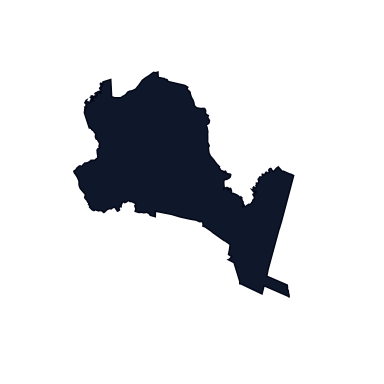 Calinesti-Oas, Satu Mare, Romania (Natural Earth projection), rotated 241°
{"feature_id": "2599482B93378437092703", "entity_name": "Calinesti-Oas", "entity_type": "district", "adm_level": 2, "iso_a3": "ROU", "parent_name": "Romania", "parent_adm1": "Satu Mare", "projection": "natural_earth1", "projection_center": [23.281, 47.91], "detail": "fine", "context": "isolated", "style": "filled", "palette": "ink", "viewbox_px": 384, "rotation_deg": 241, "n_neighbors": 0, "source": "geoboundaries", "source_scale": "gbopen_adm2", "svg_char_len": 6093}
<svg xmlns="http://www.w3.org/2000/svg" viewBox="0 0 384 384"><g transform="rotate(241 192 192)"><path d="M318.2,139.4L317.6,139.3L313.5,136.3L297.8,133.2L297.5,133.7L296.4,134.8L295.3,134.6L294.8,134.7L293.4,135.6L291.2,135.6L289.2,136.2L288.9,135.6L287.5,134.4L286.6,134.3L286.3,134.0L284.9,133.9L283.8,134.7L283.3,134.7L280.0,134.8L279.6,134.7L278.4,134.6L278.2,133.8L277.1,132.8L275.9,133.1L275.6,133.0L275.4,132.7L275.5,130.8L274.7,129.3L271.8,128.0L271.0,127.9L270.6,127.5L269.3,127.2L268.5,126.6L267.5,126.4L267.4,124.6L266.9,122.2L268.6,119.3L268.7,118.8L268.4,118.4L268.2,116.4L268.3,114.7L268.1,114.5L268.5,114.0L269.3,112.2L268.4,109.4L267.9,108.8L267.8,108.2L269.2,106.6L269.4,105.7L269.0,104.6L268.9,103.3L267.6,100.9L267.6,99.2L267.4,98.7L265.3,98.4L264.1,98.7L260.6,98.9L256.8,98.6L255.7,98.4L255.9,98.2L252.3,96.4L249.1,96.0L241.4,97.6L239.3,95.5L238.9,95.4L236.8,95.7L236.4,96.1L233.7,95.9L232.6,96.6L232.0,96.3L231.4,95.5L229.7,95.9L228.6,95.5L228.5,95.1L225.2,95.9L223.5,97.0L223.2,97.6L223.5,98.7L220.8,101.1L220.6,102.2L219.7,103.5L218.9,104.3L217.0,104.7L216.8,105.0L217.0,106.4L217.7,108.4L217.7,111.0L217.3,112.0L216.4,113.2L216.7,114.4L216.4,117.1L211.4,117.5L211.2,118.7L211.6,119.2L211.4,119.8L212.2,120.2L213.1,120.0L213.9,120.7L214.1,121.8L213.4,122.9L214.8,123.6L215.6,124.6L216.0,124.7L216.3,126.1L216.8,126.7L216.5,127.4L216.5,128.1L215.3,128.1L215.1,129.8L215.3,130.7L215.3,132.1L214.7,133.0L214.3,133.5L214.1,133.5L214.1,133.0L213.9,133.0L213.1,134.1L213.0,134.6L211.1,135.8L211.1,136.2L210.7,136.2L209.4,137.0L208.7,136.9L208.2,136.4L207.6,135.2L204.6,134.8L202.6,132.9L200.4,135.0L199.5,136.1L199.0,137.6L197.1,139.9L196.2,142.5L194.0,144.0L191.9,144.2L188.2,147.9L192.9,150.7L182.4,163.2L175.7,169.8L169.1,177.3L165.1,182.3L164.6,182.5L162.0,184.6L162.3,185.9L161.9,186.2L160.4,186.5L158.8,186.3L156.8,185.0L155.4,186.4L148.6,189.8L146.1,190.7L133.9,196.6L133.5,197.1L127.5,199.9L123.2,196.7L119.6,193.6L116.3,195.5L115.2,192.5L115.1,192.0L115.2,190.9L109.9,194.5L90.9,190.5L88.6,189.3L87.7,190.4L68.9,203.8L75.1,209.6L53.9,225.8L52.6,226.1L53.5,226.2L55.0,227.0L56.6,227.3L59.4,228.5L60.6,228.1L61.7,229.0L64.4,230.2L82.1,216.6L87.5,221.1L117.9,250.7L117.8,250.8L123.4,256.5L157.1,288.9L159.4,287.3L159.2,287.1L165.9,282.0L165.6,281.1L172.2,279.6L171.9,279.1L171.9,277.5L170.2,273.0L172.8,272.4L174.2,272.5L174.5,272.2L174.6,271.1L174.2,270.0L173.6,269.6L172.3,269.5L171.7,268.5L171.8,267.1L173.1,266.9L173.4,266.5L173.2,265.8L171.9,263.9L172.3,263.1L173.4,262.4L173.5,262.1L171.6,261.1L171.2,260.5L171.5,259.6L172.3,258.8L172.1,258.1L171.4,257.2L171.1,256.0L169.5,255.8L168.7,255.4L167.4,254.3L167.4,254.1L168.5,253.0L168.6,252.6L167.0,252.0L166.6,251.0L165.7,251.2L164.9,250.9L164.9,250.0L165.1,249.5L166.5,248.3L165.9,247.8L165.9,247.3L165.1,247.3L164.4,246.5L164.3,246.1L164.9,245.6L161.8,246.1L161.3,246.7L161.8,247.7L161.8,248.1L161.6,248.3L161.0,248.3L160.1,247.0L160.0,246.4L160.5,244.8L160.5,244.3L160.3,244.1L157.4,244.1L156.0,243.5L156.1,243.2L155.3,241.9L155.5,241.6L153.9,239.9L153.9,239.1L153.3,238.5L153.1,237.9L153.2,236.4L153.7,235.6L153.6,233.5L153.2,231.6L153.9,231.2L154.4,229.4L154.6,229.1L155.0,229.0L154.8,229.7L155.2,231.2L157.1,231.1L157.2,231.3L158.6,231.4L158.6,231.9L160.6,231.6L160.8,231.9L161.1,232.0L162.2,231.7L162.6,232.8L164.1,232.4L163.6,231.3L166.5,230.5L168.2,229.5L170.8,227.4L170.8,226.6L171.6,226.4L172.2,225.8L172.8,226.5L173.5,226.9L175.7,227.5L176.6,227.4L176.7,226.8L176.6,226.6L175.9,226.0L176.0,224.6L176.3,224.2L176.8,224.2L177.6,225.8L178.8,225.1L178.9,224.8L179.1,224.5L179.1,223.5L179.6,222.9L178.9,221.8L178.9,220.9L179.2,220.9L180.8,222.5L185.1,224.4L186.5,225.5L187.1,226.7L186.5,227.6L186.2,228.5L186.2,231.5L186.6,232.6L186.9,233.0L188.4,234.3L189.2,234.0L190.4,232.3L191.1,231.9L191.8,231.0L193.2,231.4L194.0,231.4L194.1,230.8L193.4,229.5L194.5,229.7L194.8,229.6L195.0,229.4L195.1,228.4L196.0,228.6L197.0,227.6L199.0,227.7L200.2,227.2L200.8,228.3L204.5,227.2L210.0,226.5L214.6,225.5L218.5,225.9L219.6,226.5L221.0,226.9L223.3,228.2L223.7,229.0L224.2,229.5L228.0,229.8L231.4,231.8L235.6,234.0L236.9,235.0L241.5,236.6L242.5,236.5L243.2,236.7L243.9,237.7L243.8,239.5L243.9,239.9L245.1,241.3L246.2,241.9L249.3,241.8L250.0,242.3L251.0,243.4L252.8,242.1L254.6,242.1L256.5,243.4L258.3,243.6L259.1,243.3L259.8,242.2L260.4,240.7L262.7,237.6L263.6,236.9L265.3,236.1L267.3,236.2L269.4,237.0L271.9,237.4L275.4,237.4L279.0,238.2L280.2,238.7L281.0,238.6L283.5,237.7L284.0,237.7L284.9,237.9L285.7,239.1L288.4,237.6L289.3,236.8L299.8,225.1L301.6,224.4L302.1,224.7L302.4,224.6L303.9,223.0L304.8,222.8L305.1,222.0L306.8,220.3L308.4,218.1L310.5,218.9L313.4,220.4L314.2,217.5L315.3,216.4L314.5,210.1L314.4,207.1L313.8,202.8L311.1,197.2L309.3,192.6L309.6,188.5L310.4,186.4L310.5,184.4L310.3,183.5L309.7,182.5L309.1,180.3L309.2,178.1L309.0,176.0L309.2,174.9L312.0,170.0L314.3,167.9L329.8,175.5L331.4,167.6L330.3,166.4L330.6,166.0L330.8,165.5L331.4,164.9L331.3,164.5L330.3,164.0L330.0,164.4L330.2,164.8L329.6,165.6L328.7,165.6L328.5,165.2L328.9,164.8L328.7,164.3L328.9,164.0L328.7,163.6L328.0,163.8L327.4,163.3L327.2,162.6L327.8,162.4L327.9,162.2L327.4,161.5L326.6,161.7L325.7,161.4L325.2,161.8L324.7,161.8L324.1,160.8L323.0,160.1L322.6,160.2L322.9,159.5L324.9,159.8L325.3,158.4L325.2,157.1L325.4,156.1L325.2,155.0L325.0,154.8L324.7,155.4L323.9,155.9L324.7,156.4L324.5,156.9L322.7,156.2L322.7,155.4L323.5,155.2L323.1,154.6L322.0,154.4L321.9,153.7L322.7,153.1L323.3,153.0L323.3,152.8L322.5,152.0L321.9,151.9L321.9,151.6L322.2,151.3L322.9,151.0L323.1,151.1L323.1,151.4L323.3,151.5L324.4,151.4L324.7,150.7L323.7,150.7L323.5,150.4L323.5,149.9L324.1,149.5L324.1,149.1L323.2,149.4L322.7,149.9L321.9,150.2L321.0,150.2L320.6,149.6L319.7,149.8L319.7,149.3L321.6,149.2L322.1,148.9L321.1,147.7L320.9,147.2L320.0,146.9L319.8,146.0L320.7,145.3L320.4,144.9L320.5,144.7L321.4,144.4L321.8,143.9L322.2,143.8L323.3,144.1L323.5,144.4L323.5,144.1L323.1,143.2L322.8,143.2L322.1,141.6L321.2,141.7L320.7,142.2L320.3,142.4L319.4,141.9L319.4,141.3L318.7,141.1L317.7,140.2L318.2,139.4Z" fill="#0f172a" stroke="#020617" stroke-width="1.5"/></g></svg>